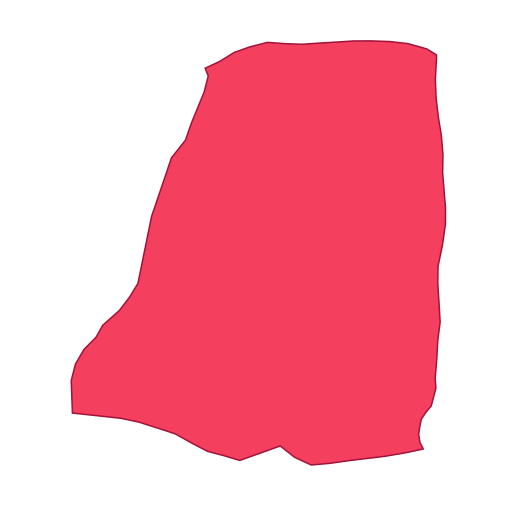 the district of Wadrah, Hajjah, Yemen, rotated 86°
{"feature_id": "15242507B24431012567492", "entity_name": "Wadrah", "entity_type": "district", "adm_level": 2, "iso_a3": "YEM", "parent_name": "Yemen", "parent_adm1": "Hajjah", "projection": "albers", "projection_center": [43.471, 15.714], "detail": "fine", "context": "isolated", "style": "filled", "palette": "rose", "viewbox_px": 512, "rotation_deg": 86, "n_neighbors": 0, "source": "geoboundaries", "source_scale": "gbopen_adm2", "svg_char_len": 1108}
<svg xmlns="http://www.w3.org/2000/svg" viewBox="0 0 512 512"><g transform="rotate(86 256 256)"><path d="M68.0,61.9L61.3,71.3L54.7,89.7L51.4,107.6L49.5,125.6L48.3,143.1L48.2,160.8L48.0,177.2L48.0,195.4L46.1,212.9L43.7,229.5L46.9,247.4L51.4,263.5L59.4,278.8L65.1,293.6L73.2,291.1L89.1,296.4L103.8,303.7L118.6,311.0L135.5,318.3L152.2,333.5L169.0,340.5L209.2,357.4L275.1,375.7L288.5,385.2L288.9,385.6L300.8,396.1L314.4,413.7L325.7,421.1L337.1,434.0L351.1,443.6L367.3,449.0L399.9,450.1L408.5,402.0L413.6,384.3L420.3,367.5L427.8,349.0L437.7,333.9L447.5,318.0L453.0,301.8L457.6,289.7L458.8,286.4L447.2,245.1L459.6,231.4L468.3,215.6L468.0,197.0L466.7,178.7L466.1,167.0L465.8,160.9L464.8,141.2L462.7,120.0L460.2,102.7L458.5,103.2L457.0,104.0L455.2,104.7L453.8,105.4L445.3,106.2L435.9,104.1L430.1,102.3L423.7,97.3L417.7,91.6L400.2,85.7L390.7,85.8L371.7,82.9L352.6,80.5L334.7,76.9L316.5,76.7L296.4,76.6L278.9,75.1L258.0,69.2L237.6,64.8L221.1,63.6L204.3,63.8L185.8,64.0L167.9,62.4L160.7,62.5L148.5,62.7L130.2,64.4L110.6,65.3L92.7,64.8L71.9,62.2L68.0,61.9Z" fill="#f43f5e" stroke="#9f1239" stroke-width="1.5"/></g></svg>